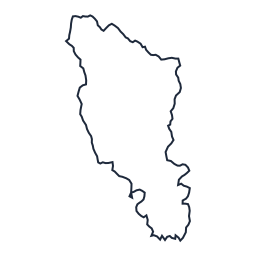 São José da Safira, Minas Gerais, Brazil
{"feature_id": "56859067B51877249726479", "entity_name": "São José da Safira", "entity_type": "district", "adm_level": 2, "iso_a3": "BRA", "parent_name": "Brazil", "parent_adm1": "Minas Gerais", "projection": "equal_earth", "projection_center": [-42.12, -18.326], "detail": "fine", "context": "isolated", "style": "outline", "palette": "slate", "viewbox_px": 256, "rotation_deg": 0, "n_neighbors": 0, "source": "geoboundaries", "source_scale": "gbopen_adm2", "svg_char_len": 2425}
<svg xmlns="http://www.w3.org/2000/svg" viewBox="0 0 256 256"><path d="M66.1,41.1L69.4,44.3L71.8,45.8L73.7,47.8L73.8,51.2L75.5,54.5L78.0,57.4L80.5,59.6L80.4,62.7L80.2,66.0L83.3,68.4L84.3,72.2L85.5,75.5L86.2,80.4L86.0,84.4L82.8,85.3L79.8,87.6L78.6,91.6L77.5,95.9L79.6,99.5L81.7,104.0L80.5,110.0L80.2,114.2L81.7,116.6L83.1,120.6L86.0,125.0L87.0,129.0L88.8,132.8L91.1,136.1L91.9,139.1L91.8,142.6L92.8,145.6L93.4,148.8L95.1,152.7L97.1,156.3L97.6,159.3L98.2,162.4L100.3,163.5L102.8,162.3L105.5,163.1L108.4,163.0L112.5,162.1L113.0,165.9L112.3,170.1L114.7,171.5L117.2,174.1L119.2,176.1L122.4,176.8L126.3,178.3L129.2,180.0L131.5,183.7L131.4,187.9L131.1,192.6L133.7,191.9L136.5,190.3L139.7,189.6L142.1,190.8L144.7,192.6L144.4,196.3L143.5,199.5L141.4,201.5L139.4,202.8L137.4,204.3L136.2,207.2L136.5,211.0L138.7,213.8L141.3,216.0L143.7,217.3L146.4,215.4L147.7,219.9L147.2,224.4L149.2,226.5L151.7,228.4L153.1,231.7L151.4,235.8L153.7,235.2L157.0,236.4L160.1,239.6L162.0,235.8L165.0,240.0L167.2,236.8L169.8,236.0L171.8,237.9L175.2,238.8L175.6,235.3L178.6,237.7L180.3,240.6L182.9,237.9L184.4,235.0L185.8,232.3L186.1,227.5L188.4,224.7L189.9,221.1L189.0,216.1L189.7,210.8L189.2,207.2L188.0,204.1L185.4,203.7L182.6,203.7L182.7,200.5L186.0,198.7L187.9,196.3L189.1,192.6L189.8,188.1L186.8,186.6L183.7,185.7L181.2,183.7L178.1,185.0L178.9,179.7L182.0,176.4L184.4,175.0L186.8,173.1L189.3,170.7L188.0,167.5L185.4,164.8L182.6,164.3L179.9,165.7L177.5,165.6L174.3,163.9L170.9,161.0L167.2,160.2L166.4,156.4L165.6,152.0L168.0,146.7L171.3,143.4L173.5,140.0L172.0,136.5L171.3,131.9L169.3,129.0L168.1,125.7L170.2,124.6L170.5,121.4L172.5,118.8L172.0,115.1L170.7,111.3L173.3,108.2L174.7,103.7L174.6,99.2L176.0,95.5L179.7,92.1L180.9,88.0L180.3,84.1L178.7,80.8L178.2,77.6L176.1,74.5L175.9,71.4L177.5,67.7L180.2,65.6L179.3,62.4L178.3,58.6L175.5,58.6L171.8,57.8L168.3,58.3L164.5,59.3L161.2,59.6L158.7,56.5L155.7,54.8L153.2,55.1L150.9,54.8L148.5,52.5L146.1,49.8L145.0,46.7L142.6,47.2L140.6,43.7L137.4,41.6L135.1,40.6L132.8,42.2L130.2,41.2L127.9,38.4L125.7,37.4L123.2,34.1L120.6,31.6L118.0,28.1L114.7,25.6L111.8,23.8L108.9,25.3L106.2,28.0L103.6,30.8L101.4,29.5L99.9,27.2L97.8,25.3L97.0,21.4L94.8,18.7L92.5,16.5L90.2,15.4L87.8,16.6L85.2,16.5L82.9,16.1L80.8,17.7L78.3,16.7L75.5,16.1L72.9,16.4L71.8,19.5L71.1,23.4L70.8,27.6L70.0,32.1L69.3,35.1L69.0,38.7L66.1,41.1ZM131.1,192.6L129.5,196.3L132.1,197.7L131.1,192.6Z" fill="none" stroke="#1e293b" stroke-width="2"/></svg>